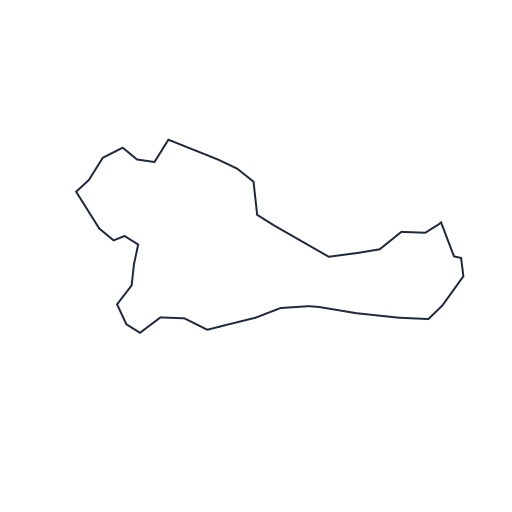 the district of Jeungpyeong-gun, North Chungcheong, South Korea, rotated 302°
{"feature_id": "91817680B75298348451478", "entity_name": "Jeungpyeong-gun", "entity_type": "district", "adm_level": 2, "iso_a3": "KOR", "parent_name": "South Korea", "parent_adm1": "North Chungcheong", "projection": "robinson", "projection_center": [127.607, 36.772], "detail": "fine", "context": "isolated", "style": "outline", "palette": "slate", "viewbox_px": 512, "rotation_deg": 302, "n_neighbors": 0, "source": "geoboundaries", "source_scale": "gbopen_adm2", "svg_char_len": 701}
<svg xmlns="http://www.w3.org/2000/svg" viewBox="0 0 512 512"><g transform="rotate(302 256 256)"><path d="M215.2,69.4L196.2,108.6L193.8,127.0L203.3,133.9L203.3,150.0L184.3,156.9L165.2,166.1L141.4,163.8L129.4,182.2L129.4,198.3L153.3,207.5L165.2,228.3L167.6,253.6L168.7,254.8L181.9,267.4L203.3,288.2L224.8,304.3L241.4,327.3L246.2,336.5L260.5,371.1L279.6,410.3L293.9,435.6L312.9,440.3L348.7,442.6L363.0,431.0L360.6,424.1L382.6,395.1L379.7,394.2L365.4,387.2L353.5,366.5L327.2,357.3L312.9,341.1L293.9,318.1L291.5,255.9L291.5,235.2L317.7,214.5L320.1,193.7L317.7,173.0L308.2,120.1L281.9,120.1L274.8,104.0L277.2,85.5L258.1,74.0L231.9,74.0L215.2,69.4Z" fill="none" stroke="#1e293b" stroke-width="2"/></g></svg>